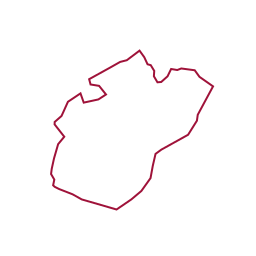 outline of Madarounfa, Maradi, Niger, rotated 327°
{"feature_id": "23599985B10786712449018", "entity_name": "Madarounfa", "entity_type": "district", "adm_level": 2, "iso_a3": "NER", "parent_name": "Niger", "parent_adm1": "Maradi", "projection": "orthographic", "projection_center": [7.181, 13.281], "detail": "fine", "context": "isolated", "style": "outline", "palette": "rose", "viewbox_px": 256, "rotation_deg": 327, "n_neighbors": 0, "source": "geoboundaries", "source_scale": "gbopen_adm2", "svg_char_len": 761}
<svg xmlns="http://www.w3.org/2000/svg" viewBox="0 0 256 256"><g transform="rotate(327 128 128)"><path d="M120.3,71.1L126.7,76.9L127.8,87.9L118.7,87.9L104.7,82.6L107.0,73.1L91.9,73.3L83.2,78.9L78.8,81.7L69.8,83.0L68.4,85.0L69.8,100.6L60.6,103.5L49.4,113.2L41.8,120.7L38.4,124.7L38.1,131.1L34.0,135.3L34.5,137.4L37.0,141.7L45.4,153.4L50.3,162.7L74.0,190.1L91.9,189.7L104.9,188.1L119.6,182.3L128.1,173.3L137.0,164.7L144.3,164.3L174.7,166.4L189.8,159.4L193.7,154.9L222.0,139.4L215.8,124.0L215.4,115.9L205.1,107.1L200.9,106.2L196.3,102.0L189.3,106.2L180.9,107.5L177.6,105.7L177.9,98.7L181.1,94.4L181.3,87.7L179.1,85.2L180.2,77.5L179.8,69.4L163.9,70.5L157.4,68.3L146.1,67.6L129.2,66.4L122.0,65.9L120.3,71.1Z" fill="none" stroke="#9f1239" stroke-width="2"/></g></svg>